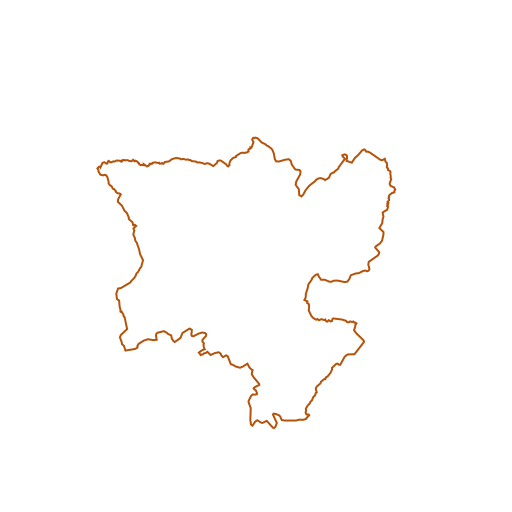 the district of Kabongo, Katanga, Democratic Republic of the Congo, rotated 146°
{"feature_id": "63176286B531915432051", "entity_name": "Kabongo", "entity_type": "district", "adm_level": 2, "iso_a3": "COD", "parent_name": "Democratic Republic of the Congo", "parent_adm1": "Katanga", "projection": "orthographic", "projection_center": [25.515, -7.094], "detail": "fine", "context": "isolated", "style": "outline", "palette": "amber", "viewbox_px": 512, "rotation_deg": 146, "n_neighbors": 0, "source": "geoboundaries", "source_scale": "gbopen_adm2", "svg_char_len": 6143}
<svg xmlns="http://www.w3.org/2000/svg" viewBox="0 0 512 512"><g transform="rotate(146 256 256)"><path d="M338.5,417.3L338.4,415.7L339.3,414.3L339.5,410.3L337.4,408.2L336.3,408.1L335.2,407.0L335.0,404.9L336.5,400.3L337.7,398.4L337.5,396.3L336.7,394.6L337.0,391.7L336.0,390.4L336.2,389.1L335.9,388.2L336.3,387.4L335.6,385.3L334.2,384.2L333.6,382.7L338.5,380.2L340.2,378.2L339.0,372.7L339.7,367.1L339.0,363.7L340.0,358.8L340.8,357.7L339.5,352.9L340.6,350.6L340.4,349.9L339.0,349.7L338.5,347.9L342.2,347.4L342.7,345.0L345.3,342.9L345.9,341.7L346.3,338.8L347.5,336.2L347.4,333.9L349.2,326.9L351.0,322.6L352.0,315.7L357.3,311.1L358.7,310.8L362.5,308.8L364.9,308.3L367.4,306.6L369.4,305.8L373.5,305.0L375.0,304.3L386.0,305.0L388.5,306.2L392.9,302.9L395.3,298.1L394.4,295.6L397.2,290.6L398.8,286.3L399.5,285.7L399.2,285.0L398.5,284.9L398.7,281.6L399.5,279.9L399.1,278.9L403.7,267.5L412.2,266.1L414.3,264.7L415.4,260.1L416.4,257.6L415.7,255.5L417.1,250.6L408.3,246.6L405.8,246.3L404.9,247.0L404.8,247.7L402.5,248.8L396.2,248.6L392.1,247.4L388.1,243.6L385.2,242.1L383.3,246.2L381.9,247.3L380.4,247.4L374.4,245.2L372.9,242.3L372.5,240.5L370.7,237.6L372.0,234.5L372.0,231.5L371.4,230.1L364.5,230.3L360.0,233.3L351.7,233.0L350.5,230.8L351.9,228.8L353.0,227.8L353.8,226.4L353.8,225.4L352.9,224.5L346.8,223.7L343.4,222.7L341.4,220.7L340.9,219.1L342.1,217.7L347.3,216.4L348.3,214.9L348.0,212.8L349.2,211.7L350.6,208.9L350.6,207.4L353.5,208.0L357.4,207.9L357.2,204.7L355.9,204.6L355.0,204.1L353.7,204.4L351.6,203.6L349.9,203.8L349.0,199.3L344.7,198.6L340.8,197.1L340.0,195.1L340.3,192.4L339.9,190.6L336.3,190.3L335.5,188.7L337.4,180.4L336.3,179.1L334.4,175.4L331.7,172.3L328.7,171.7L323.3,171.5L323.8,167.4L323.3,164.6L322.6,163.4L325.6,160.4L325.8,156.9L324.9,148.2L325.3,147.3L330.3,147.9L331.9,147.7L332.0,146.6L331.3,144.5L331.8,142.0L332.4,141.0L333.8,141.3L336.3,143.1L338.6,142.6L343.3,139.9L344.0,138.6L345.4,132.9L352.5,123.1L354.4,119.0L353.8,117.3L349.1,119.2L346.8,119.1L344.8,114.8L344.0,114.0L339.3,113.3L338.0,104.3L337.4,103.3L335.5,103.5L332.1,105.9L330.6,115.1L329.6,115.5L327.7,113.7L325.8,110.7L325.8,108.4L326.4,105.7L324.2,103.5L314.6,97.1L311.6,96.1L308.5,93.8L305.4,92.9L304.9,93.4L301.0,94.2L300.9,95.1L302.8,96.4L302.4,98.5L301.0,99.7L300.0,101.6L296.6,103.2L293.8,103.7L292.4,104.7L290.2,105.1L287.1,107.2L285.0,107.3L283.2,109.0L281.9,109.0L280.8,112.3L280.1,113.1L278.4,113.8L273.7,114.4L272.5,115.4L268.5,115.8L267.3,115.1L266.0,116.3L264.1,116.1L259.7,117.4L256.4,119.4L255.5,120.8L249.9,121.7L248.6,121.2L248.0,119.5L247.0,118.7L239.0,122.8L236.9,123.2L234.8,123.0L229.3,119.5L214.4,124.4L214.0,125.9L216.1,136.0L216.2,139.7L212.9,142.3L212.2,143.3L210.4,144.0L210.9,145.2L211.7,145.7L212.0,147.3L213.2,147.5L214.6,149.2L216.1,149.1L216.7,149.5L217.6,150.6L217.6,151.9L220.1,155.1L226.8,161.0L227.7,161.1L229.4,159.6L230.7,160.0L231.6,162.1L233.6,161.7L234.3,162.7L234.1,164.6L235.2,164.7L237.2,167.1L239.8,167.6L240.3,169.4L241.6,169.5L242.1,170.0L243.4,173.3L243.6,175.5L242.7,181.5L241.0,183.2L239.1,186.5L239.9,188.5L238.7,189.6L240.5,192.4L237.8,194.0L235.9,196.7L231.2,200.4L228.4,203.2L222.9,205.3L221.6,206.3L216.9,207.0L214.9,206.3L215.4,204.0L215.3,199.9L212.4,198.0L209.4,193.5L207.9,192.5L205.2,192.0L202.0,189.9L197.3,185.0L194.9,183.7L193.5,184.0L191.2,184.9L188.3,186.9L187.5,186.9L182.7,185.6L180.5,184.3L175.5,183.7L173.4,182.7L172.4,181.2L171.5,180.9L169.9,181.2L169.0,182.3L167.8,185.9L165.8,188.1L154.5,188.3L153.0,189.0L151.7,190.2L152.5,196.3L151.5,197.0L146.1,197.1L142.8,198.3L138.2,202.7L136.9,204.6L138.1,210.2L132.9,212.7L130.5,215.6L128.3,217.4L126.8,221.1L126.1,221.3L121.3,221.0L118.8,223.2L119.3,224.2L117.3,225.2L117.8,225.9L116.5,226.4L116.7,227.3L114.7,227.7L113.9,228.5L113.8,229.9L112.8,230.2L112.6,231.1L111.4,231.9L107.7,232.2L106.4,231.5L105.6,231.5L104.9,232.6L103.4,233.2L103.2,235.7L105.2,238.9L105.0,240.7L104.1,241.9L100.9,244.0L100.7,245.7L99.8,246.5L98.4,249.6L97.6,250.2L97.4,251.5L98.5,253.6L97.6,254.8L98.0,256.3L96.5,258.0L95.5,260.0L95.9,261.7L94.9,264.6L97.9,264.8L99.2,266.4L103.7,278.0L104.8,279.9L106.3,280.9L106.2,282.9L106.7,283.9L109.0,284.2L114.7,282.6L119.1,282.0L124.4,279.8L127.8,284.3L125.9,286.2L124.7,288.0L124.5,288.9L125.7,290.7L128.1,291.3L128.5,290.5L127.9,286.9L137.7,283.4L139.0,282.4L143.5,282.1L144.6,281.6L145.7,282.1L148.2,282.3L151.8,280.1L154.3,280.1L155.6,280.5L156.3,280.3L157.2,282.5L159.2,284.7L161.5,285.5L163.8,285.5L165.0,285.0L172.4,284.5L178.1,282.8L182.5,280.5L185.0,280.0L186.1,282.3L183.2,287.3L183.3,292.9L181.0,295.2L174.2,298.7L172.3,300.4L171.6,301.9L172.0,303.1L174.7,305.4L175.1,306.4L175.2,311.7L174.0,315.5L174.6,317.8L177.8,319.5L183.9,321.4L186.4,323.2L186.2,325.8L183.9,331.0L183.1,335.0L183.2,336.4L184.4,340.1L185.3,341.5L185.7,343.4L187.8,346.9L188.8,352.6L190.4,354.6L191.4,354.7L192.1,355.5L193.4,355.1L194.1,354.6L194.4,351.8L198.3,348.9L199.7,348.3L200.0,349.2L201.0,348.3L202.3,348.6L203.0,348.3L203.6,346.9L205.3,346.8L206.1,347.4L207.1,347.4L209.9,349.5L211.3,349.9L216.4,350.1L217.0,349.3L220.3,350.1L223.1,349.6L225.0,348.7L226.6,347.3L227.1,346.2L229.0,345.8L229.5,347.0L229.4,348.5L231.7,354.6L232.9,355.7L234.8,356.2L236.1,355.1L240.7,354.4L241.3,354.6L243.3,359.0L243.7,359.1L244.5,360.2L247.1,361.0L248.6,363.2L250.7,365.4L252.3,366.2L252.9,367.8L256.3,370.7L256.7,372.2L257.7,372.8L258.2,374.0L259.9,374.8L262.2,377.3L264.2,378.1L264.7,379.5L267.5,382.0L271.4,383.3L275.3,383.1L279.0,384.9L281.1,384.2L281.5,384.4L281.9,385.6L282.5,385.4L284.2,386.4L284.2,387.5L284.9,387.6L287.5,390.3L288.7,390.5L289.3,391.0L290.6,390.6L291.1,391.2L291.8,391.0L292.6,391.9L293.3,391.1L294.1,391.2L294.7,390.8L295.4,391.2L296.3,391.2L297.7,394.9L298.2,394.0L300.0,395.6L300.7,395.7L301.5,397.3L301.1,398.2L301.6,399.2L301.5,400.4L302.7,402.5L303.8,402.5L304.1,404.5L306.3,404.2L307.9,405.6L308.6,407.0L310.5,408.4L311.0,408.4L312.3,409.9L312.8,410.1L313.2,409.5L314.9,409.5L314.7,410.4L318.3,413.2L320.3,413.3L321.3,414.2L324.0,414.7L324.6,415.7L324.9,417.2L325.7,417.2L327.6,415.8L328.4,416.3L329.2,418.4L331.0,419.1L335.5,416.4L335.5,417.5L336.2,417.8L338.5,417.3Z" fill="none" stroke="#b45309" stroke-width="2"/></g></svg>